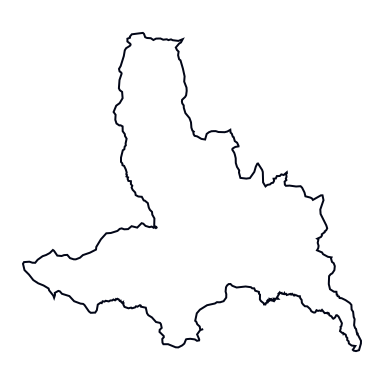 the district of Tana Toraja, Sulawesi Selatan, Indonesia
{"feature_id": "22746128B55477646801661", "entity_name": "Tana Toraja", "entity_type": "district", "adm_level": 2, "iso_a3": "IDN", "parent_name": "Indonesia", "parent_adm1": "Sulawesi Selatan", "projection": "albers", "projection_center": [119.71, -3.057], "detail": "fine", "context": "isolated", "style": "outline", "palette": "ink", "viewbox_px": 384, "rotation_deg": 0, "n_neighbors": 0, "source": "geoboundaries", "source_scale": "gbopen_adm2", "svg_char_len": 6028}
<svg xmlns="http://www.w3.org/2000/svg" viewBox="0 0 384 384"><path d="M356.0,351.1L359.0,350.2L360.9,343.6L361.0,340.8L358.0,335.0L357.2,334.5L357.1,333.8L357.7,333.9L357.7,333.5L356.8,332.6L356.0,328.9L355.1,328.0L354.1,325.2L354.6,319.1L353.7,317.0L353.1,311.8L351.6,309.5L351.4,304.9L349.8,303.0L345.5,300.1L341.6,298.2L339.6,298.0L339.1,296.6L337.6,296.1L337.3,294.7L336.7,294.6L336.4,291.8L333.9,291.7L330.0,289.2L328.8,284.1L329.1,276.1L330.6,274.3L332.3,273.3L334.4,270.1L334.8,266.1L333.7,263.2L332.0,261.9L331.0,258.5L331.5,257.4L327.9,256.8L323.1,254.2L322.0,252.4L317.0,250.3L318.2,248.3L318.6,245.9L317.7,242.9L318.4,239.4L317.3,238.7L320.9,237.0L321.9,235.6L321.8,234.3L324.7,232.2L324.7,231.4L326.2,230.3L327.2,228.3L326.3,225.4L320.6,214.0L320.3,209.5L323.5,200.2L322.5,195.3L321.0,195.3L312.9,199.9L311.9,198.4L310.4,197.6L305.4,196.3L304.5,192.5L302.1,187.7L300.6,186.2L296.1,186.5L289.6,185.6L285.9,185.8L284.9,184.7L284.6,181.6L286.4,180.0L285.8,178.8L286.5,176.8L286.1,173.7L286.9,173.1L286.8,172.3L283.7,175.0L281.3,174.4L279.8,176.0L276.8,176.1L275.8,178.5L273.6,178.7L274.1,180.8L273.1,182.7L271.4,183.1L270.0,184.4L267.3,184.9L265.5,186.4L263.1,182.4L262.8,172.0L262.1,169.9L258.0,163.5L257.3,163.7L255.8,166.7L254.3,171.9L249.9,178.1L246.3,178.6L240.4,177.9L239.0,172.6L239.2,170.4L237.0,166.9L235.8,163.0L235.7,158.2L234.9,154.8L234.2,152.7L232.3,149.7L232.5,148.7L233.6,147.9L235.4,146.9L238.5,146.4L238.5,145.7L237.1,142.7L234.8,141.1L233.7,137.2L232.8,136.7L231.8,133.7L230.6,132.6L230.3,129.8L227.4,131.5L224.6,132.2L218.4,132.0L215.7,131.1L211.6,131.2L209.0,132.2L206.7,133.9L205.1,139.5L201.4,138.9L197.2,136.4L194.6,135.8L193.7,134.4L193.3,132.3L193.8,131.7L192.4,130.6L191.4,127.7L191.0,122.3L189.5,118.1L185.4,113.1L183.8,107.8L183.7,105.4L182.3,103.5L181.9,101.6L182.1,99.8L185.1,97.0L186.1,95.3L186.7,90.9L186.5,87.6L184.2,81.6L184.6,76.4L182.9,68.6L180.5,60.4L179.1,59.2L178.1,55.2L178.6,51.6L176.9,49.9L175.8,47.5L179.1,43.6L181.0,42.4L182.7,39.2L178.4,40.9L172.7,40.2L171.0,39.4L168.4,40.1L166.8,39.3L163.2,39.7L160.5,38.5L156.1,38.6L153.4,40.0L150.8,38.2L147.1,38.0L145.2,37.2L144.0,33.9L142.9,32.9L131.8,34.3L129.9,36.6L130.0,37.7L127.4,38.7L127.4,41.5L130.3,43.8L130.6,44.8L129.8,45.9L126.1,48.2L124.8,50.3L123.8,56.1L120.7,66.0L119.0,68.9L119.6,71.4L121.3,72.6L121.6,73.7L119.5,80.0L118.9,88.3L119.8,90.2L122.1,91.9L122.6,98.2L119.7,103.1L116.2,105.7L113.6,112.0L115.6,114.8L115.3,119.8L116.5,123.5L119.3,125.4L120.6,125.3L122.6,126.4L122.7,131.2L124.8,134.1L125.0,136.0L126.6,138.7L125.6,143.5L125.8,145.4L124.7,146.6L124.3,149.3L122.8,150.3L121.0,157.6L121.0,161.9L122.3,163.4L122.5,165.2L124.1,165.9L125.8,169.5L126.7,172.5L126.3,174.1L127.0,175.0L126.5,176.5L128.1,177.4L127.6,178.9L128.4,180.9L130.9,181.2L130.9,184.1L132.3,185.8L131.6,187.6L132.7,189.9L135.2,192.5L135.7,195.1L138.3,196.5L141.8,196.8L143.7,200.4L144.9,200.7L147.8,203.1L148.8,207.6L149.9,209.8L152.0,211.9L152.3,214.7L154.4,218.4L154.2,225.9L156.3,226.9L156.6,227.6L155.9,228.1L154.7,227.2L153.7,227.8L151.7,226.6L149.4,227.1L145.5,225.9L143.3,223.7L141.6,223.2L137.2,227.6L131.6,226.2L128.1,229.1L124.2,229.3L121.7,228.4L119.7,228.9L117.5,230.9L110.8,233.0L106.3,233.3L100.9,239.3L96.3,246.9L96.0,249.6L89.9,252.7L82.9,255.1L80.0,257.7L75.9,259.3L73.7,259.3L70.0,258.1L67.3,254.9L64.1,255.1L61.6,256.0L57.3,255.6L54.0,250.8L52.9,250.0L49.8,253.0L46.1,255.0L42.6,256.2L37.6,259.8L35.2,262.8L32.4,262.7L29.4,261.7L24.0,262.1L23.0,263.8L24.5,270.1L28.9,274.5L33.3,280.1L38.2,283.3L43.6,285.5L48.6,288.5L49.1,290.3L53.3,295.6L54.1,297.8L55.0,294.9L54.8,292.9L58.3,290.9L59.8,291.3L62.0,293.8L69.4,296.1L74.1,301.2L80.5,303.6L83.1,303.9L84.4,304.9L88.9,311.4L90.7,312.8L95.2,312.6L96.8,310.2L97.8,304.6L100.6,302.7L101.7,303.1L102.6,301.3L104.6,301.6L105.6,300.8L108.8,301.4L110.3,300.5L112.3,300.4L113.4,299.5L115.0,300.3L116.0,299.0L116.7,299.4L117.4,298.8L118.7,299.4L119.7,300.9L120.6,300.7L120.7,301.5L122.1,302.6L122.8,302.2L122.6,303.1L123.5,303.2L123.3,304.5L124.5,306.9L128.5,308.3L131.1,307.6L132.0,308.3L133.7,307.8L135.1,307.4L136.0,306.3L137.4,306.7L140.0,305.2L140.8,305.6L141.0,306.7L145.8,307.7L147.0,313.2L148.3,315.2L151.9,317.4L156.0,322.0L160.0,322.9L160.9,324.1L161.7,327.9L159.7,329.8L159.5,331.9L163.7,336.0L163.8,337.2L162.3,338.9L162.3,339.7L162.5,342.7L163.4,344.2L168.1,344.2L175.7,347.3L178.3,347.4L182.2,345.4L184.3,343.6L186.0,339.4L186.9,339.1L190.3,338.8L194.8,339.4L197.0,340.8L199.1,340.4L199.2,339.3L197.1,334.4L200.2,330.1L203.2,329.1L200.3,330.0L199.7,326.5L197.3,324.3L196.2,321.6L195.2,320.8L196.8,313.3L199.9,309.7L207.1,305.2L214.9,303.5L216.9,302.2L220.0,302.3L223.6,301.2L226.2,297.6L226.3,294.2L225.6,291.5L226.0,287.3L227.0,285.5L228.6,284.1L230.5,284.0L232.3,285.8L236.6,287.5L245.6,286.5L250.9,287.2L252.2,288.3L254.2,288.3L255.2,290.7L258.9,291.9L259.0,293.7L260.0,294.7L259.9,299.4L260.9,301.0L264.0,303.5L264.0,304.4L265.4,304.5L266.1,302.9L267.2,302.6L267.1,301.0L267.7,300.3L268.3,301.3L269.0,300.0L269.5,300.7L270.2,300.3L270.4,299.8L269.9,300.1L269.4,299.6L269.4,298.8L270.9,299.2L272.0,300.5L272.9,299.6L273.2,300.8L274.0,301.2L274.9,300.0L274.2,298.7L278.2,298.8L277.0,297.4L278.8,294.5L278.4,293.8L279.7,292.4L280.1,293.2L281.7,292.9L282.0,293.7L283.9,294.1L284.4,293.2L284.8,294.1L286.1,293.9L286.7,295.0L290.4,293.9L291.1,294.6L292.1,293.8L293.4,295.0L294.3,294.8L294.4,295.5L295.8,295.1L298.8,296.4L299.8,296.2L300.3,298.2L301.6,299.9L301.9,302.8L303.1,304.5L304.9,306.2L307.3,306.4L310.2,309.1L311.3,311.2L313.0,312.2L314.1,312.6L315.3,312.3L316.5,310.2L318.0,310.9L319.7,310.5L321.0,311.0L322.0,309.9L324.6,313.1L326.8,312.9L327.3,313.4L327.8,312.8L328.8,313.3L329.4,315.3L331.4,316.3L332.9,318.5L333.5,318.7L335.1,317.4L336.2,315.3L336.9,315.2L338.5,316.5L341.9,323.2L341.4,326.0L340.5,326.9L340.8,328.0L340.0,331.1L342.0,332.8L343.0,332.9L343.3,333.8L343.6,333.4L345.7,334.7L346.3,336.9L347.3,338.0L347.2,340.0L348.6,341.3L348.9,343.5L351.6,345.5L355.3,346.0L352.8,349.8L353.6,350.6L356.0,351.1Z" fill="none" stroke="#020617" stroke-width="2"/></svg>